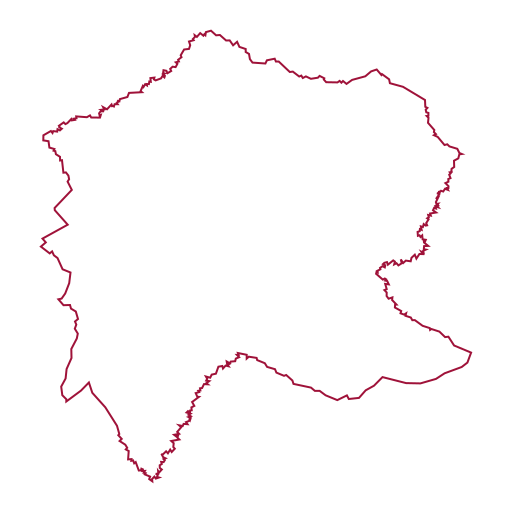 the district of Federal, Entre Ríos, Argentina
{"feature_id": "61730980B64393727529638", "entity_name": "Federal", "entity_type": "district", "adm_level": 2, "iso_a3": "ARG", "parent_name": "Argentina", "parent_adm1": "Entre Ríos", "projection": "albers", "projection_center": [-58.864, -31.028], "detail": "fine", "context": "isolated", "style": "outline", "palette": "rose", "viewbox_px": 512, "rotation_deg": 0, "n_neighbors": 0, "source": "geoboundaries", "source_scale": "gbopen_adm2", "svg_char_len": 5954}
<svg xmlns="http://www.w3.org/2000/svg" viewBox="0 0 512 512"><path d="M461.8,154.0L459.4,153.0L457.3,148.8L449.4,146.4L447.3,144.3L444.5,145.0L437.7,136.9L434.0,135.2L435.9,134.1L433.9,132.1L434.3,130.0L428.0,122.8L428.5,117.8L426.7,116.0L428.4,115.7L428.4,112.9L426.3,112.3L425.7,109.7L427.4,107.9L425.3,106.8L425.0,100.0L403.0,86.8L389.9,83.2L389.1,79.3L382.0,74.1L381.4,75.0L376.7,69.5L371.1,71.4L365.3,76.3L352.1,79.9L346.5,83.9L343.0,81.0L341.4,82.7L339.6,80.9L337.5,82.4L326.2,82.2L323.8,79.5L324.3,78.3L319.6,75.9L317.9,77.7L310.9,78.8L305.9,76.4L302.8,78.0L301.3,75.6L299.2,76.5L292.8,71.6L289.8,72.0L278.7,61.5L275.9,61.5L274.7,58.7L266.9,60.3L265.4,63.5L252.5,62.6L249.9,59.1L249.0,53.9L245.7,52.0L245.7,49.0L239.4,46.9L237.1,41.8L233.1,45.3L229.7,40.4L226.1,40.5L219.9,35.0L216.1,35.3L211.0,30.7L205.9,32.1L205.4,35.2L204.4,34.2L203.4,35.7L200.2,33.1L196.9,36.9L194.7,35.2L195.0,36.9L192.9,39.0L193.7,40.2L189.0,41.5L190.2,45.2L189.0,48.9L184.1,49.5L180.7,55.3L181.5,57.2L178.1,59.8L178.9,61.5L175.8,62.3L177.4,63.8L175.6,67.1L172.6,66.7L170.2,68.9L171.2,71.0L167.5,73.2L166.4,70.8L163.5,70.2L163.1,73.0L164.7,73.5L163.0,74.2L164.9,75.9L164.4,77.4L162.6,75.9L161.0,78.4L155.6,80.4L153.9,79.4L154.4,77.6L150.4,78.1L150.8,81.8L149.3,81.5L148.9,84.1L146.7,84.0L146.9,85.4L145.1,84.3L143.5,87.0L142.8,86.0L140.6,91.1L141.9,92.2L129.0,92.9L127.4,97.0L119.9,99.1L119.4,101.3L117.2,100.6L118.4,101.7L116.7,103.0L117.6,104.2L114.6,104.2L113.9,106.5L112.2,105.6L112.2,107.0L111.5,104.5L107.0,109.3L103.2,107.2L104.3,109.4L101.2,109.8L104.0,111.3L100.6,111.3L99.1,113.3L99.6,115.4L100.8,114.9L100.0,117.6L91.2,117.5L90.0,115.4L86.9,117.2L76.2,116.4L76.5,118.3L73.8,118.7L74.8,119.9L71.6,120.4L71.2,119.1L67.4,123.1L65.4,124.1L63.7,122.4L58.9,125.8L59.7,127.1L58.6,127.0L61.8,128.7L59.9,130.4L57.5,129.2L57.2,131.6L53.2,131.1L52.5,133.0L50.9,131.0L43.4,135.3L43.3,140.4L48.5,141.2L49.4,147.6L54.4,149.0L53.6,150.7L55.3,151.1L55.9,154.2L60.0,156.8L60.1,160.5L62.0,160.2L63.4,172.7L65.9,172.4L68.4,175.6L69.1,179.2L67.6,181.6L71.8,189.9L54.6,208.0L54.8,210.2L67.7,224.7L42.5,238.6L45.8,242.4L40.9,246.6L49.7,253.4L52.1,251.4L53.9,255.3L57.5,258.0L62.6,269.3L70.5,272.5L69.2,283.2L65.2,293.5L61.6,298.6L58.4,299.3L63.5,305.2L70.0,305.0L71.0,308.6L75.8,311.5L78.0,319.0L75.0,321.5L76.3,324.6L74.8,328.7L77.8,333.6L76.8,338.5L71.3,349.0L71.5,358.0L66.6,369.0L65.6,378.5L61.2,386.6L62.3,395.2L66.3,399.2L66.3,401.5L81.0,390.6L88.9,382.5L92.3,392.8L105.3,407.3L117.0,425.8L119.3,434.0L118.3,435.2L121.7,438.9L119.6,441.0L125.3,444.7L127.2,447.8L125.8,449.4L128.7,451.0L128.1,459.4L131.5,459.1L131.3,460.8L133.1,460.4L134.2,463.3L135.7,462.1L138.8,470.5L141.0,470.4L141.4,468.7L142.9,469.4L142.4,471.0L144.9,470.9L143.7,472.8L145.6,473.2L144.8,474.4L150.1,476.6L149.2,479.1L152.3,481.3L152.1,479.0L154.4,476.6L155.8,478.6L159.0,477.5L157.0,476.9L157.8,474.7L155.7,473.8L158.3,473.7L158.1,470.9L159.2,472.4L161.8,469.5L159.8,468.0L159.7,465.3L161.8,464.0L161.2,461.9L163.6,462.1L164.8,460.2L163.6,459.1L165.5,458.3L163.2,457.2L161.4,453.9L162.6,454.7L166.1,451.3L167.9,453.3L170.2,449.6L171.7,452.0L174.8,448.7L173.3,447.0L173.7,443.2L171.3,441.0L179.3,439.5L177.4,437.6L178.0,435.8L176.3,436.5L174.1,434.8L179.1,433.8L177.2,431.9L181.2,427.2L179.1,425.3L182.7,426.0L183.6,423.9L187.5,424.2L186.0,422.1L189.2,420.9L189.6,418.8L190.1,419.9L190.7,418.0L188.5,417.0L190.7,416.2L188.6,414.9L190.5,413.7L186.6,412.5L188.0,411.1L190.0,412.4L190.1,410.5L191.7,410.3L191.4,407.4L194.3,405.9L192.1,402.0L198.9,396.9L197.3,396.7L195.7,393.1L199.1,392.1L198.3,390.8L200.4,390.5L200.0,388.3L202.1,388.0L204.0,384.1L207.7,384.3L206.3,383.2L209.2,381.1L206.2,380.6L207.2,378.8L205.9,376.5L210.2,377.7L211.7,374.6L215.9,373.7L218.4,366.7L222.3,366.0L223.0,368.5L225.6,365.6L228.6,366.3L227.6,364.9L228.9,364.2L227.1,363.9L226.7,361.5L229.8,363.3L230.7,361.6L235.2,361.2L235.8,358.6L239.1,357.2L236.9,354.9L238.6,354.9L237.9,353.0L246.7,354.8L246.7,358.6L248.8,356.7L256.6,357.9L257.2,360.1L264.8,363.2L267.1,366.9L275.0,369.2L276.4,372.6L284.0,375.8L286.2,375.0L292.4,380.5L293.5,383.9L311.0,387.6L314.9,390.9L319.7,390.9L325.6,395.3L337.3,400.1L346.9,395.4L348.8,399.0L359.0,397.9L365.7,390.3L374.0,385.7L382.5,377.1L406.1,383.1L420.4,383.4L436.0,378.9L444.6,373.3L461.7,367.0L467.4,362.6L471.1,352.6L454.1,345.5L448.4,336.7L445.1,337.1L439.4,331.6L431.4,329.0L430.1,329.9L429.8,328.1L422.6,325.8L414.8,320.1L412.3,320.2L410.8,317.5L405.5,315.8L406.1,313.3L404.1,314.6L400.5,313.3L401.2,311.0L394.9,307.5L395.1,304.7L396.5,304.6L392.1,300.0L392.4,297.4L388.6,298.7L386.6,296.0L386.7,292.5L384.4,290.1L386.7,289.1L385.2,283.9L388.8,284.4L387.2,281.0L385.3,280.6L386.2,279.4L384.8,278.5L382.8,279.6L376.1,273.8L376.6,271.6L377.7,272.4L377.7,270.6L380.4,269.3L380.0,267.9L382.5,266.2L384.8,267.4L385.3,265.3L383.0,264.1L384.4,262.8L387.0,262.1L387.9,264.7L393.2,260.4L394.9,261.6L394.2,264.4L396.5,263.2L398.4,265.4L401.7,263.3L400.8,259.4L403.2,263.0L405.8,260.6L410.7,261.3L411.5,257.8L414.8,254.7L416.4,258.6L419.4,254.0L422.7,254.1L421.3,251.7L423.6,252.9L423.2,250.8L425.8,249.6L423.8,249.2L424.1,246.1L428.2,245.9L424.0,242.5L423.8,240.6L425.1,241.4L425.8,239.8L422.6,239.3L422.2,235.4L420.5,237.0L419.5,235.3L417.9,235.8L417.6,231.9L419.7,231.2L419.9,229.1L421.6,229.8L420.9,226.4L422.9,227.0L423.7,224.1L425.6,225.6L427.1,225.3L426.2,223.1L428.6,219.3L427.2,218.3L428.8,217.3L428.2,215.0L430.8,215.6L430.1,213.5L436.1,212.5L433.0,210.3L434.1,207.9L435.9,208.5L435.3,206.5L438.1,207.3L436.8,205.9L438.3,205.5L438.1,205.1L436.7,205.0L438.0,203.7L436.4,203.9L435.9,202.1L438.0,197.8L436.0,198.9L439.3,194.2L437.0,193.2L439.3,193.1L438.8,190.9L439.6,192.4L441.0,190.8L443.2,191.5L445.0,188.8L448.0,189.9L447.0,188.0L448.4,188.0L448.5,186.2L445.4,183.1L448.4,181.7L448.3,179.0L450.5,178.1L449.2,174.7L450.6,173.4L449.8,172.3L452.5,171.8L451.3,171.6L451.6,168.8L454.2,167.0L454.0,160.7L458.3,158.4L459.3,154.4L461.8,154.0Z" fill="none" stroke="#9f1239" stroke-width="2"/></svg>